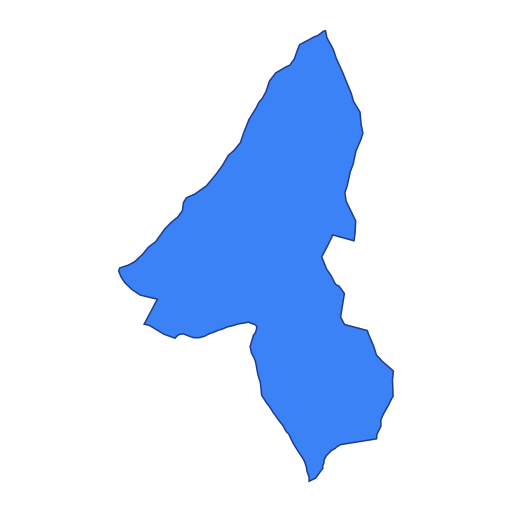 Ijumu, Kogi, Nigeria
{"feature_id": "59680162B15951041920960", "entity_name": "Ijumu", "entity_type": "district", "adm_level": 2, "iso_a3": "NGA", "parent_name": "Nigeria", "parent_adm1": "Kogi", "projection": "mercator", "projection_center": [5.957, 7.842], "detail": "fine", "context": "isolated", "style": "filled", "palette": "blue", "viewbox_px": 512, "rotation_deg": 0, "n_neighbors": 0, "source": "geoboundaries", "source_scale": "gbopen_adm2", "svg_char_len": 2460}
<svg xmlns="http://www.w3.org/2000/svg" viewBox="0 0 512 512"><path d="M188.3,196.9L187.9,197.1L187.4,197.4L186.4,197.9L183.7,202.1L183.5,202.4L182.4,210.6L177.7,217.1L171.3,222.3L164.4,229.4L155.7,241.7L148.7,246.9L142.3,254.6L134.8,261.6L128.4,265.1L119.7,268.0L118.6,271.1L121.3,277.4L124.8,282.6L128.0,285.7L131.8,289.4L140.5,295.2L157.4,299.2L144.1,324.2L149.2,325.3L164.1,334.3L175.1,338.2L177.2,335.8L179.2,334.5L183.2,333.8L186.5,335.1L189.8,336.4L193.8,337.7L199.1,337.7L204.3,336.3L209.6,333.6L213.6,332.3L218.2,330.3L222.8,328.9L225.0,327.9L227.5,326.9L233.4,325.5L237.4,324.2L240.7,323.5L245.3,322.8L248.6,322.1L249.9,322.8L255.2,324.7L256.6,326.1L256.6,328.7L255.9,331.4L254.6,334.0L253.3,335.4L252.7,338.0L251.4,342.0L250.7,344.7L250.1,346.7L250.7,349.4L251.4,352.7L254.1,358.0L255.4,361.3L256.1,364.6L257.5,372.6L258.8,377.9L260.2,381.9L260.9,387.2L261.6,395.2L263.3,397.8L266.3,402.5L268.9,405.8L273.6,413.1L275.6,415.7L278.3,419.7L280.9,423.0L283.6,426.3L284.3,428.3L286.3,431.6L288.9,434.3L291.0,438.9L293.0,442.9L295.0,446.2L297.0,449.5L299.6,453.5L303.6,459.5L305.0,462.8L306.3,466.8L307.0,471.4L309.0,476.7L309.1,481.3L313.6,479.1L315.4,478.3L318.3,474.5L321.2,470.4L322.9,468.3L322.5,466.6L323.8,463.2L324.2,459.9L325.1,457.8L326.7,455.3L329.6,452.4L331.7,450.3L335.0,448.6L337.1,446.6L340.7,444.6L355.8,442.2L376.6,438.8L376.9,434.4L380.9,426.2L380.9,419.8L383.2,414.5L388.5,405.1L391.6,398.7L393.1,396.3L392.5,379.9L393.4,371.0L390.2,368.2L382.7,361.8L376.3,354.8L375.1,350.7L373.4,345.4L369.0,335.4L367.3,330.5L344.5,324.5L340.6,317.0L344.4,293.5L340.3,287.8L339.1,286.2L335.6,284.4L331.0,275.5L327.9,270.9L326.9,269.8L321.7,256.9L326.4,248.1L329.9,240.9L331.6,237.6L332.5,234.9L354.0,240.8L355.1,232.7L355.7,220.8L346.1,201.2L344.9,192.4L346.1,189.0L347.3,185.4L350.2,171.9L351.0,169.8L353.1,164.3L356.0,150.8L360.6,140.3L362.9,133.2L361.6,126.8L361.2,125.0L360.0,112.1L353.6,101.6L351.3,93.4L346.1,81.0L342.6,72.3L336.2,58.2L333.3,49.4L326.9,37.7L326.0,33.3L325.5,30.7L323.4,31.2L318.2,35.3L313.6,37.1L308.4,40.0L304.9,41.8L299.6,44.7L297.5,49.9L296.2,53.5L294.4,58.8L289.8,65.2L285.7,67.0L283.9,68.1L275.8,72.8L269.5,81.0L266.0,91.6L262.5,98.1L259.0,102.2L256.1,108.0L249.1,119.2L244.2,131.6L243.3,133.8L240.4,142.6L238.6,144.8L234.4,150.0L229.6,154.3L228.2,155.5L222.6,165.2L216.0,174.3L214.8,175.7L213.2,177.7L210.2,181.3L206.2,186.0L200.4,190.1L194.6,194.2L188.3,196.9Z" fill="#3b82f6" stroke="#1e3a8a" stroke-width="1.5"/></svg>